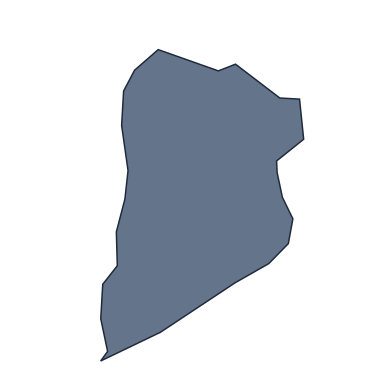 outline of Seo-gu [West District], South Jeolla, South Korea, rotated 348°
{"feature_id": "91817680B87996420220515", "entity_name": "Seo-gu [West District]", "entity_type": "district", "adm_level": 2, "iso_a3": "KOR", "parent_name": "South Korea", "parent_adm1": "South Jeolla", "projection": "orthographic", "projection_center": [126.854, 35.133], "detail": "fine", "context": "isolated", "style": "filled", "palette": "slate", "viewbox_px": 384, "rotation_deg": 348, "n_neighbors": 0, "source": "geoboundaries", "source_scale": "gbopen_adm2", "svg_char_len": 473}
<svg xmlns="http://www.w3.org/2000/svg" viewBox="0 0 384 384"><g transform="rotate(348 192 192)"><path d="M67.5,338.3L132.0,322.6L215.4,289.7L252.2,278.0L275.5,262.5L285.1,239.2L279.3,216.0L279.3,190.8L281.2,179.2L312.2,163.6L316.5,123.5L297.4,118.3L261.1,76.0L242.9,79.0L188.5,45.7L161.2,60.9L146.1,79.0L137.0,112.3L133.9,157.7L124.9,185.0L109.7,215.3L103.6,248.6L85.5,263.7L76.4,297.0L76.3,330.4L67.5,338.3Z" fill="#64748b" stroke="#1e293b" stroke-width="1.5"/></g></svg>